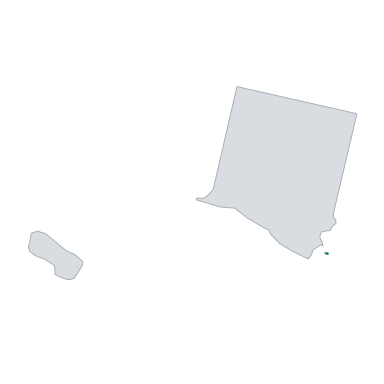 Elobey Grande, Equatorial Guinea (highlighted), rotated 283°
{"feature_id": "11065452B23490115173263", "entity_name": "Elobey Grande", "entity_type": "district", "adm_level": 2, "iso_a3": "GNQ", "parent_name": "Equatorial Guinea", "parent_adm1": "", "projection": "equal_earth", "projection_center": [9.506, 0.981], "detail": "fine", "context": "in_parent", "style": "filled", "palette": "green", "viewbox_px": 384, "rotation_deg": 283, "n_neighbors": 0, "source": "geoboundaries", "source_scale": "gbopen_adm2", "svg_char_len": 1404}
<svg xmlns="http://www.w3.org/2000/svg" viewBox="0 0 384 384"><g transform="rotate(283 192 192)"><path d="M304.8,212.1L304.9,236.5L305.0,257.1L305.1,279.4L305.2,302.7L305.3,322.3L305.3,335.1L289.3,335.0L268.1,334.9L246.9,334.8L225.6,334.7L215.0,334.7L203.2,334.6L199.4,335.3L196.8,338.5L193.7,339.2L190.1,336.5L185.6,335.2L184.5,332.3L182.3,327.2L177.9,326.6L175.7,327.2L172.5,330.1L169.0,331.7L169.7,329.3L162.7,323.0L157.6,322.3L153.0,320.4L156.7,303.8L161.4,289.2L168.5,278.2L172.2,275.5L173.4,270.0L179.0,252.0L185.9,237.4L183.7,222.6L185.4,197.7L187.4,198.4L187.7,200.8L188.2,204.3L190.8,207.3L199.4,212.1L224.9,212.1L240.2,212.1L262.8,212.1L286.6,212.1L304.8,212.1ZM102.2,44.8L104.2,45.2L115.8,44.8L119.0,50.3L118.6,58.5L106.6,82.4L104.4,92.5L99.7,101.0L95.7,101.7L81.8,96.7L79.5,93.6L78.7,89.6L80.0,80.0L81.0,77.1L87.7,75.3L89.8,73.8L93.4,63.5L94.6,54.2L97.6,47.1L102.2,44.8Z" fill="#d9dde1" stroke="#a8b0b8" stroke-width="1"/><path d="M162.8,337.2L162.7,337.0L162.7,336.9L162.7,336.7L162.5,336.4L162.4,336.3L162.4,336.1L162.5,336.0L162.4,335.8L162.3,336.0L162.2,336.2L162.1,336.6L162.2,336.8L162.0,337.1L161.9,337.2L161.9,337.3L162.0,337.3L162.0,337.5L161.9,337.8L161.9,338.0L162.0,338.2L162.3,338.0L162.5,338.1L162.7,338.3L162.8,338.3L162.9,338.2L163.0,338.0L163.0,337.9L162.9,337.8L162.9,337.7L162.8,337.4L162.7,337.2L162.8,337.2Z" fill="#22c55e" stroke="#15803d" stroke-width="1.5"/></g></svg>